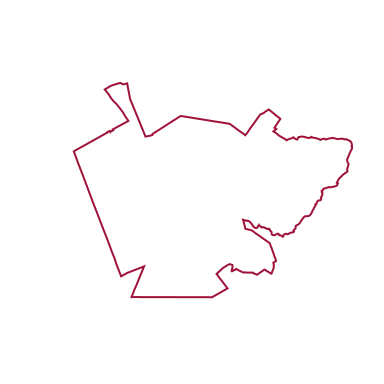 the district of Zapotlán de Juárez, Hidalgo, Mexico, rotated 119°
{"feature_id": "50627088B44175413136073", "entity_name": "Zapotlán de Juárez", "entity_type": "district", "adm_level": 2, "iso_a3": "MEX", "parent_name": "Mexico", "parent_adm1": "Hidalgo", "projection": "orthographic", "projection_center": [-98.863, 19.987], "detail": "fine", "context": "isolated", "style": "outline", "palette": "rose", "viewbox_px": 384, "rotation_deg": 119, "n_neighbors": 0, "source": "geoboundaries", "source_scale": "gbopen_adm2", "svg_char_len": 5759}
<svg xmlns="http://www.w3.org/2000/svg" viewBox="0 0 384 384"><g transform="rotate(119 192 192)"><path d="M237.6,108.3L236.9,107.0L236.3,106.0L236.0,105.4L235.8,104.7L235.6,104.4L235.3,103.9L235.2,103.7L235.1,103.4L234.8,102.8L234.5,102.5L234.3,102.2L234.2,102.1L234.1,101.7L234.0,101.4L233.9,101.1L233.7,100.9L233.4,100.2L233.2,99.8L233.2,99.6L232.9,99.5L233.1,98.4L233.2,98.2L233.2,97.7L233.2,97.4L233.0,97.0L232.9,96.6L232.8,96.3L232.8,95.9L232.9,95.0L228.7,93.0L228.4,92.8L225.0,91.2L224.7,91.0L225.0,84.1L225.1,83.8L224.9,82.9L223.9,83.1L223.0,83.2L219.6,83.6L218.8,83.7L218.1,84.1L217.5,84.5L217.0,84.6L216.8,84.7L216.0,85.0L215.7,85.5L215.0,86.1L214.4,86.6L213.1,85.9L212.1,85.3L211.5,85.0L211.4,85.1L208.6,88.3L207.8,89.3L207.3,89.8L206.9,90.2L205.6,91.6L204.6,92.8L202.7,94.9L201.3,96.7L200.4,97.7L199.7,98.6L199.0,99.4L198.7,102.6L198.5,104.4L198.2,107.4L198.2,107.6L198.0,108.8L197.7,111.4L197.6,111.9L197.6,112.2L197.5,114.1L197.4,114.9L197.2,117.0L196.9,118.4L196.7,119.5L196.7,119.9L196.7,120.9L196.7,121.5L197.0,122.7L198.3,127.4L196.6,129.0L196.1,129.5L191.5,133.9L191.1,132.3L191.1,130.9L190.3,130.1L190.1,129.4L190.2,128.9L190.0,128.5L189.9,128.0L190.0,127.5L190.2,127.1L190.3,126.7L190.2,126.3L190.9,124.6L191.0,124.2L191.3,123.9L191.5,123.3L191.7,122.7L192.0,122.5L192.3,122.1L192.5,121.0L192.7,120.3L192.8,119.4L192.7,118.9L192.4,118.3L191.9,117.8L191.2,117.6L190.5,117.6L189.7,117.8L189.0,117.4L188.7,117.4L188.8,117.3L188.8,116.7L188.7,116.1L188.7,115.7L188.8,115.1L189.2,114.7L189.4,114.3L189.1,113.9L188.7,113.3L188.6,112.9L188.2,112.6L188.0,112.0L188.0,111.6L188.1,111.3L188.0,110.6L187.8,110.2L187.9,109.6L188.0,108.9L187.7,108.3L187.4,107.4L186.8,107.0L186.8,106.6L187.0,106.2L187.5,105.8L187.5,105.3L187.9,104.9L188.3,103.2L190.5,101.6L190.4,100.6L190.3,99.7L190.0,99.2L188.5,98.0L187.8,97.5L187.3,97.3L186.9,96.8L186.6,96.1L186.7,95.8L187.1,95.4L187.4,95.1L187.5,94.6L187.1,93.9L186.8,92.8L186.9,92.2L187.1,91.6L187.2,91.1L187.0,90.7L186.5,90.7L185.4,91.0L184.9,90.9L184.4,90.8L183.9,90.5L183.6,90.3L183.0,89.6L182.8,88.6L182.8,88.3L182.4,87.6L181.2,86.9L180.6,86.6L179.5,85.7L179.1,85.0L178.0,83.8L177.3,84.3L176.8,83.8L176.0,84.5L175.0,84.3L174.4,84.0L173.9,83.8L173.3,83.9L172.8,84.1L172.3,84.5L171.5,84.8L170.5,84.4L169.0,83.4L166.8,82.6L164.7,82.6L162.7,82.4L161.5,82.2L159.2,81.8L158.4,81.4L157.8,80.3L157.2,79.3L156.1,78.1L155.1,77.6L153.3,77.2L149.9,77.5L147.9,77.4L147.4,77.6L145.3,77.5L144.6,77.5L144.0,77.4L143.6,77.8L143.2,78.1L142.8,77.8L142.1,77.3L141.2,77.7L140.6,77.9L139.5,77.8L138.4,77.5L138.0,77.1L137.6,76.6L137.2,76.0L136.9,75.6L136.1,75.6L135.0,75.9L134.3,76.5L133.8,76.5L132.0,76.5L131.1,76.9L130.2,77.0L129.5,77.5L129.3,78.4L128.2,79.1L127.9,78.7L127.5,78.4L126.8,78.7L126.2,78.7L125.6,78.6L125.0,78.3L124.5,77.4L123.6,76.8L122.4,75.6L121.7,74.9L121.2,74.5L121.2,74.3L120.8,73.2L118.0,69.9L116.1,68.4L113.7,68.6L113.8,69.8L110.0,70.0L109.6,69.9L109.1,69.8L106.3,69.0L105.5,68.8L104.9,68.6L104.2,68.5L103.3,68.2L102.0,67.5L100.7,67.0L99.6,66.4L98.8,66.0L98.2,66.4L97.5,66.9L96.2,67.6L94.3,67.9L92.3,68.4L91.8,68.5L91.4,68.8L91.1,69.2L90.7,70.2L90.4,70.6L90.0,71.0L88.3,72.1L81.2,72.9L78.1,73.1L76.5,73.1L75.9,73.3L75.0,73.9L74.9,74.5L73.5,74.7L72.9,75.3L72.2,75.8L71.3,76.9L70.8,78.2L70.9,80.7L71.1,82.9L71.6,83.6L72.2,84.2L72.2,85.0L72.3,86.1L73.8,88.5L74.6,89.6L75.3,90.6L75.8,92.6L76.0,93.9L76.5,95.3L77.2,96.0L78.1,97.2L79.1,98.4L79.9,99.3L80.6,99.7L81.3,100.6L81.1,101.4L81.3,102.2L81.9,103.1L82.8,104.0L83.5,104.5L84.2,104.9L84.3,105.5L84.1,107.0L84.6,108.0L84.9,110.2L85.3,111.2L85.8,112.5L86.0,113.5L85.9,114.2L86.0,114.6L87.0,114.8L87.8,115.6L88.4,116.6L89.4,120.6L89.7,121.4L90.1,122.4L90.2,122.9L90.6,123.5L91.5,124.2L91.8,124.7L92.4,125.5L95.1,125.4L95.5,127.4L95.0,129.8L97.4,131.5L99.8,133.8L100.6,134.1L100.9,134.3L101.0,134.5L100.9,134.9L100.7,135.5L100.6,135.9L100.5,143.0L100.3,144.3L100.1,145.0L99.9,146.0L99.7,147.2L99.5,150.2L96.0,148.8L95.8,151.0L85.2,150.2L85.1,150.3L84.4,154.8L82.6,164.9L85.2,166.3L87.3,167.3L88.2,167.6L90.8,169.7L91.8,170.0L93.0,170.1L100.6,171.0L103.3,171.3L108.9,172.0L113.9,172.4L114.3,172.5L116.5,172.9L116.1,175.8L115.8,178.9L115.3,183.2L114.7,187.0L114.5,188.9L114.1,192.1L117.2,200.7L117.6,201.9L118.0,202.9L119.1,205.8L119.6,207.2L119.8,207.8L129.6,235.0L130.9,238.6L133.2,240.0L160.5,254.7L161.5,254.3L161.8,254.6L163.8,256.8L165.3,258.6L166.1,259.6L162.9,263.5L155.8,272.3L151.8,277.3L140.8,291.1L129.9,300.2L128.4,301.3L131.2,304.3L131.4,307.6L133.4,309.7L137.3,313.4L138.9,314.7L144.6,318.0L147.1,311.9L147.8,310.8L149.5,307.5L150.9,303.7L151.4,301.4L152.0,299.8L155.1,292.5L156.0,290.7L157.9,287.6L159.9,283.6L160.7,282.1L175.6,291.6L176.1,290.8L178.9,292.6L179.0,292.6L178.4,293.5L181.1,295.3L181.3,295.0L213.7,315.1L222.4,305.1L230.7,295.1L240.1,284.1L249.0,273.7L255.4,266.0L268.8,250.0L275.9,241.4L283.3,232.9L288.3,226.7L289.1,225.9L289.3,225.9L290.0,225.1L292.7,222.0L293.2,221.4L294.9,219.4L300.1,213.1L294.3,209.5L291.9,207.5L287.2,203.6L282.1,199.3L280.3,197.9L300.7,195.4L305.5,195.0L313.2,193.9L274.3,123.4L273.3,122.8L272.9,122.6L272.3,122.3L272.1,122.1L268.4,119.8L264.9,117.7L264.2,117.3L263.1,116.6L259.1,114.2L256.4,120.3L256.2,120.7L254.8,123.9L254.1,125.7L252.5,129.1L251.8,130.8L249.8,130.2L248.5,129.7L245.6,128.8L244.8,128.5L243.5,128.1L241.8,127.2L240.0,126.2L238.3,125.2L236.8,124.1L236.7,123.4L236.2,121.4L236.8,120.9L237.7,120.3L238.1,120.1L241.7,119.2L241.9,119.0L242.0,118.6L241.9,118.5L241.8,118.4L241.6,118.4L241.4,118.6L241.2,118.5L241.0,118.0L240.9,117.9L240.3,117.6L240.2,117.5L240.1,117.3L239.7,117.1L239.4,116.9L239.1,116.8L239.0,116.7L238.9,116.6L238.7,116.5L238.4,116.3L238.2,116.3L238.0,116.2L237.8,116.0L237.8,115.5L238.0,115.3L237.7,110.2L237.6,108.3Z" fill="none" stroke="#9f1239" stroke-width="2"/></g></svg>